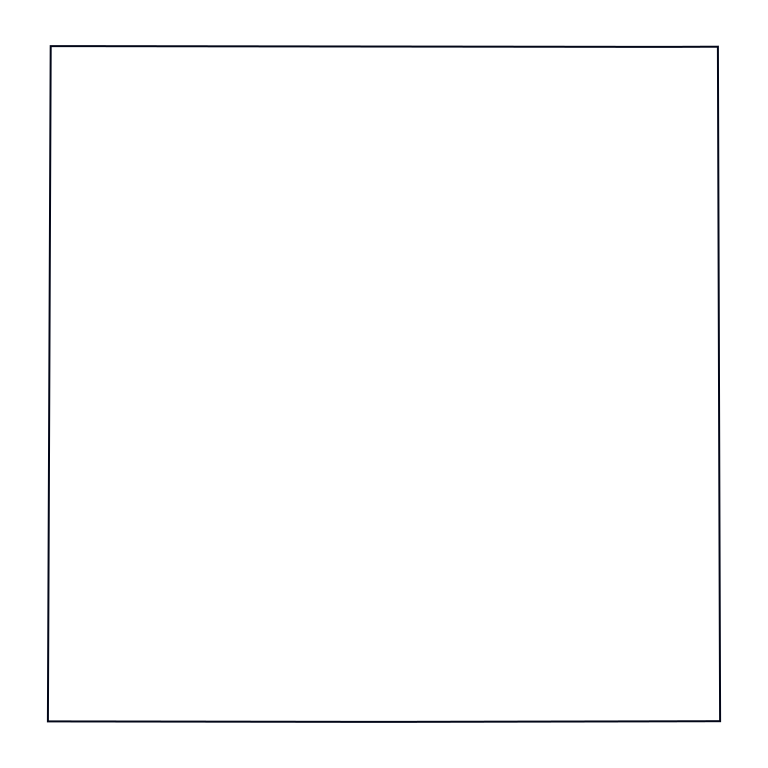 the district of Brown, Kansas, United States of America
{"feature_id": "52423323B65673642944633", "entity_name": "Brown", "entity_type": "district", "adm_level": 2, "iso_a3": "USA", "parent_name": "United States of America", "parent_adm1": "Kansas", "projection": "albers", "projection_center": [-95.595, 39.827], "detail": "fine", "context": "isolated", "style": "outline", "palette": "ink", "viewbox_px": 768, "rotation_deg": 0, "n_neighbors": 0, "source": "geoboundaries", "source_scale": "gbopen_adm2", "svg_char_len": 227}
<svg xmlns="http://www.w3.org/2000/svg" viewBox="0 0 768 768"><path d="M47.9,721.4L384.3,721.9L635.6,721.4L720.1,721.2L717.9,46.7L665.3,46.9L55.9,46.1L50.7,46.1L47.9,721.4Z" fill="none" stroke="#020617" stroke-width="2"/></svg>